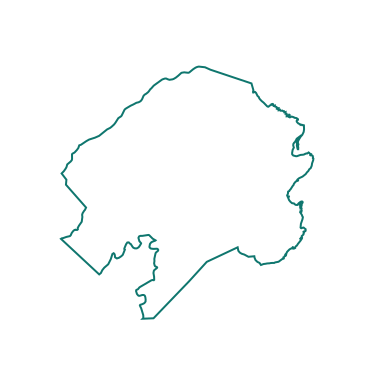 the district of Black Bay, Laborie, Saint Lucia, rotated 226°
{"feature_id": "8701671B96951790647096", "entity_name": "Black Bay", "entity_type": "district", "adm_level": 2, "iso_a3": "LCA", "parent_name": "Saint Lucia", "parent_adm1": "Laborie", "projection": "equal_earth", "projection_center": [-60.985, 13.744], "detail": "fine", "context": "isolated", "style": "outline", "palette": "teal", "viewbox_px": 384, "rotation_deg": 226, "n_neighbors": 0, "source": "geoboundaries", "source_scale": "gbopen_adm2", "svg_char_len": 6020}
<svg xmlns="http://www.w3.org/2000/svg" viewBox="0 0 384 384"><g transform="rotate(226 192 192)"><path d="M127.9,76.6L129.8,127.9L131.5,154.1L120.5,186.4L117.5,184.5L115.3,184.3L113.2,184.8L110.6,186.2L106.2,187.6L102.5,192.2L101.4,191.4L98.9,190.4L96.3,190.5L94.1,191.3L91.6,190.9L90.5,193.4L89.1,195.3L88.5,196.3L86.8,198.3L86.4,199.0L85.3,200.4L83.9,201.8L83.6,202.9L81.7,205.8L81.1,210.3L80.4,211.7L80.5,212.0L81.4,212.3L81.2,212.8L81.5,213.8L81.1,214.7L81.1,215.5L81.5,216.1L81.9,215.2L82.2,215.6L82.4,217.6L82.9,218.9L83.0,222.1L82.7,223.5L82.2,224.6L82.3,226.2L82.1,226.3L81.5,225.5L81.0,225.4L80.4,226.2L80.1,227.2L80.5,227.4L80.8,229.3L80.6,230.1L81.1,232.2L81.6,236.2L82.2,238.8L82.6,239.4L82.9,239.5L83.0,239.3L83.0,236.9L83.1,236.6L83.5,239.9L84.1,240.4L84.0,241.4L84.0,242.6L84.2,243.0L84.9,243.6L84.9,244.3L85.9,244.6L85.8,245.3L85.1,246.4L85.5,247.2L86.4,247.9L87.1,247.7L88.8,247.6L89.2,247.3L89.9,245.6L90.3,245.3L91.0,245.4L93.5,248.3L95.7,252.6L96.9,254.3L98.1,254.6L99.1,255.1L102.0,255.7L101.7,256.7L102.0,256.9L102.4,256.4L102.7,256.5L102.1,257.5L102.3,257.9L103.1,258.1L103.8,259.2L104.2,259.5L104.8,259.7L105.1,258.8L105.9,259.5L107.0,259.2L105.8,260.1L105.6,260.4L105.7,260.7L106.4,261.9L106.8,261.9L107.4,260.7L107.7,260.6L107.8,261.3L108.5,261.4L108.8,261.7L109.0,262.5L108.8,262.8L108.1,263.6L107.4,263.6L107.5,264.2L108.1,264.7L108.5,264.7L109.1,264.2L109.5,263.3L109.8,261.0L109.5,258.8L110.5,257.8L111.7,257.4L112.9,257.4L114.5,256.2L116.5,256.0L118.7,256.2L121.2,257.2L121.2,258.1L121.3,258.5L121.6,258.6L122.3,257.6L123.5,258.1L124.1,259.8L125.4,261.2L125.5,261.7L125.1,262.5L125.5,263.7L125.5,264.9L126.4,268.6L126.5,269.9L127.1,271.0L127.4,273.0L127.3,274.8L126.6,275.8L126.6,276.3L127.0,276.5L127.6,276.2L127.7,276.7L127.5,278.7L126.3,282.2L125.9,286.2L126.3,288.4L126.3,290.2L126.9,292.2L126.7,293.9L127.7,296.3L129.2,298.3L130.7,301.3L131.7,302.5L132.3,302.4L133.0,303.3L133.4,303.3L134.1,303.9L135.0,303.8L136.1,302.7L136.3,302.7L136.3,303.7L136.5,304.0L136.8,303.9L137.2,303.4L138.8,303.5L139.5,303.3L139.5,302.5L139.7,301.6L140.4,301.0L140.6,300.2L140.9,299.8L141.0,299.0L141.6,297.9L143.3,295.8L144.9,292.3L145.6,291.6L147.9,290.2L149.4,290.2L150.5,291.1L152.4,293.7L153.2,296.1L155.1,297.1L156.1,298.2L156.5,299.7L156.5,301.0L157.4,304.0L157.4,304.9L157.5,304.9L157.1,308.0L156.9,307.7L156.9,306.2L156.3,304.8L156.0,303.5L154.4,301.4L153.4,300.7L152.7,299.8L150.0,298.1L149.3,297.8L149.0,298.1L150.0,299.2L151.9,300.5L152.1,301.4L152.6,301.8L153.2,301.7L154.7,303.3L155.1,304.1L155.8,306.5L156.3,308.5L156.5,311.0L157.6,314.0L159.2,316.1L162.2,318.8L163.3,317.9L163.4,318.1L164.8,317.2L165.0,316.6L165.6,316.8L167.5,316.1L168.8,316.1L169.8,316.2L170.4,316.6L170.8,317.6L170.7,318.1L170.4,318.5L170.7,318.8L172.2,318.6L172.9,318.3L174.3,317.2L175.0,317.2L177.0,316.1L177.7,314.2L179.0,313.7L179.4,313.6L179.5,313.8L179.4,315.7L179.7,315.8L180.2,315.6L180.0,314.0L180.5,313.1L180.9,313.9L181.2,313.8L181.9,314.1L181.9,313.8L182.3,314.2L183.3,314.1L183.4,313.8L184.5,314.9L184.8,314.2L185.2,313.7L186.3,314.3L186.9,313.7L187.9,313.5L188.6,312.4L189.2,312.1L189.5,312.0L190.2,312.5L190.6,312.2L190.8,311.1L191.1,311.3L190.9,311.8L191.1,312.1L191.7,312.2L191.9,311.9L192.2,312.5L192.5,312.2L192.7,311.0L193.0,310.8L193.9,311.8L194.6,311.8L195.5,311.2L196.0,311.4L196.3,311.0L196.6,310.9L196.8,311.3L197.2,310.5L197.8,310.5L198.7,311.1L198.9,310.8L198.9,311.2L199.3,311.2L200.0,310.1L199.7,309.3L200.2,307.9L200.2,306.6L200.4,306.0L201.4,305.6L206.5,305.6L208.9,305.3L211.4,305.3L212.8,305.5L213.8,306.0L215.7,305.9L218.7,306.9L220.1,306.9L220.4,306.7L220.8,305.4L221.1,305.1L221.7,305.5L222.6,306.9L228.8,310.2L267.2,290.2L272.7,288.0L277.5,284.0L278.4,282.5L279.0,280.9L279.5,278.2L279.9,273.1L280.2,272.4L280.5,272.0L283.5,269.5L284.9,267.5L285.1,266.8L285.2,263.0L285.5,259.8L286.1,257.3L286.6,256.2L288.4,253.7L290.3,252.7L291.3,252.4L291.9,251.9L292.5,251.2L293.4,249.3L293.7,248.4L294.9,239.9L295.1,238.3L294.8,234.5L294.9,233.3L294.5,231.5L294.3,229.8L294.5,227.4L294.9,225.7L294.9,224.6L294.8,223.8L293.5,220.8L293.1,219.1L293.1,217.9L293.6,216.0L294.8,214.0L295.7,210.7L296.7,207.8L297.9,202.7L298.1,201.2L298.0,200.5L295.8,194.4L295.7,193.6L296.3,190.3L295.0,184.9L294.7,182.8L294.8,179.3L295.0,177.6L296.0,174.4L296.9,164.2L298.5,159.9L301.2,154.4L302.0,151.3L303.1,145.0L303.9,143.3L302.6,140.8L302.2,138.5L302.0,135.3L302.1,134.4L302.6,132.7L302.5,131.9L299.1,128.7L298.4,127.6L298.2,125.9L298.5,121.4L297.1,119.0L296.6,117.4L296.0,114.3L295.9,111.1L288.1,110.2L284.8,106.4L254.4,105.0L253.5,102.6L253.4,101.3L252.7,98.5L251.9,97.1L250.2,95.8L247.2,92.0L246.3,87.3L245.5,84.8L244.4,83.9L244.5,83.0L245.6,81.9L245.9,81.9L246.3,81.1L246.4,80.4L246.4,79.0L246.0,76.8L245.1,74.7L245.1,73.5L246.9,70.5L248.4,67.2L249.1,66.2L249.3,65.2L197.2,68.0L197.0,70.2L198.1,73.2L198.5,76.3L198.2,81.5L200.1,86.9L202.7,91.7L202.4,93.1L201.6,93.2L200.5,92.8L198.4,91.3L196.4,91.8L195.4,93.8L194.9,96.6L194.9,98.6L197.2,103.7L198.1,103.7L198.6,104.6L200.2,108.3L200.6,110.4L199.7,111.5L197.9,111.5L197.0,111.8L194.1,111.2L192.7,111.1L191.2,111.7L190.0,112.9L189.7,113.4L189.3,115.2L189.6,117.0L190.3,119.6L190.5,119.8L193.2,120.0L196.2,121.6L196.8,123.0L196.5,124.0L196.3,124.4L194.8,126.0L191.4,130.8L190.7,131.2L185.7,131.3L182.5,132.2L182.5,131.9L183.8,128.9L184.1,127.4L183.8,125.6L182.2,123.4L181.6,123.0L180.4,123.0L179.8,123.2L178.0,124.6L175.5,127.4L174.8,127.7L173.7,127.4L173.3,126.4L173.5,124.4L173.3,123.3L170.1,118.5L168.4,117.0L167.0,115.2L165.1,114.1L164.3,113.9L162.2,114.6L161.8,114.4L161.7,113.8L162.0,110.6L161.8,109.8L160.5,108.0L157.4,105.9L155.1,103.8L155.1,103.2L156.1,102.5L156.7,101.4L159.7,89.0L159.9,87.8L159.6,85.6L160.2,84.0L159.7,83.0L157.0,81.6L155.1,81.4L154.2,81.7L153.7,82.2L152.5,84.6L151.6,85.6L150.7,86.0L150.2,86.0L148.8,85.4L146.9,84.0L145.5,82.5L145.3,81.7L145.2,80.5L145.4,79.6L146.2,77.5L146.8,76.5L146.7,75.8L145.7,75.3L143.7,74.7L137.3,71.4L135.4,69.7L135.1,68.9L135.1,68.5L127.9,76.6Z" fill="none" stroke="#0f766e" stroke-width="2"/></g></svg>